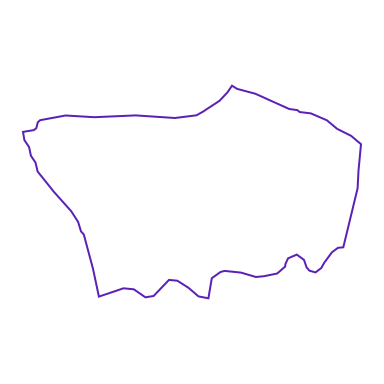 outline of Santiago Sacatepéquez, Sacatepéquez, Guatemala
{"feature_id": "79465075B66116547115808", "entity_name": "Santiago Sacatepéquez", "entity_type": "district", "adm_level": 2, "iso_a3": "GTM", "parent_name": "Guatemala", "parent_adm1": "Sacatepéquez", "projection": "mercator", "projection_center": [-90.681, 14.641], "detail": "fine", "context": "isolated", "style": "outline", "palette": "violet", "viewbox_px": 384, "rotation_deg": 0, "n_neighbors": 0, "source": "geoboundaries", "source_scale": "gbopen_adm2", "svg_char_len": 932}
<svg xmlns="http://www.w3.org/2000/svg" viewBox="0 0 384 384"><path d="M361.0,144.2L351.2,135.9L337.2,128.9L326.9,120.3L310.9,113.4L299.6,112.0L297.3,110.1L289.2,109.0L255.2,93.7L237.2,88.9L232.0,85.7L227.4,92.4L219.5,100.8L206.2,109.5L203.6,111.3L196.5,115.3L174.9,118.0L135.6,115.4L94.4,117.2L65.5,115.5L40.1,120.2L37.8,122.3L36.3,128.2L33.8,130.1L23.0,131.9L24.4,140.1L29.1,147.1L30.9,155.7L35.5,162.6L37.6,171.5L54.2,192.2L71.2,211.2L78.1,221.9L81.0,231.4L83.8,234.5L93.0,268.8L98.9,296.6L123.5,288.3L133.8,289.3L145.4,297.3L153.6,296.0L169.0,279.9L177.3,280.7L188.6,287.9L198.5,296.4L208.4,298.3L211.8,278.2L220.5,272.0L224.5,270.9L241.0,272.6L255.9,277.0L264.1,276.2L277.2,273.5L285.1,266.6L285.5,263.8L288.1,258.3L296.8,254.6L304.0,259.9L306.6,267.4L309.5,270.7L315.5,272.4L321.3,268.0L324.2,262.8L332.0,252.2L338.0,247.8L343.3,247.3L357.6,188.3L358.5,170.7L361.0,144.2Z" fill="none" stroke="#5b21b6" stroke-width="2"/></svg>